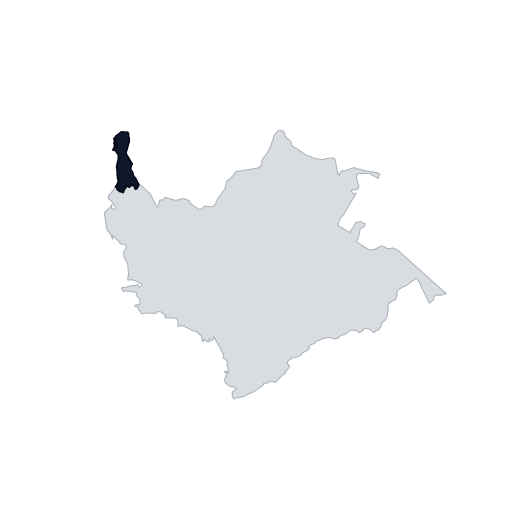 Colombia, with La Guajira highlighted, rotated 301°
{"feature_id": "COL-1318", "entity_name": "La Guajira", "entity_type": "Department", "adm_level": 1, "iso_a3": "COL", "parent_name": "Colombia", "parent_adm1": "", "projection": "orthographic", "projection_center": [-72.284, 11.434], "detail": "fine", "context": "in_parent", "style": "filled", "palette": "ink", "viewbox_px": 512, "rotation_deg": 301, "n_neighbors": 0, "source": "natural_earth", "source_scale": "10m", "svg_char_len": 7179}
<svg xmlns="http://www.w3.org/2000/svg" viewBox="0 0 512 512"><g transform="rotate(301 256 256)"><path d="M291.5,87.0L286.8,89.0L277.7,91.4L271.4,101.8L267.1,103.6L261.8,109.7L257.9,117.4L254.9,132.9L247.0,146.0L247.7,146.6L250.8,146.0L253.7,144.6L254.8,145.0L255.9,147.3L259.5,147.9L262.3,158.5L267.7,164.0L268.3,166.0L269.0,170.5L267.1,173.1L266.5,182.9L268.2,185.3L272.3,186.3L275.0,192.3L276.7,193.7L279.2,194.6L285.2,193.7L296.0,194.7L298.5,194.5L304.6,192.4L312.2,194.9L317.9,195.3L333.4,213.4L334.9,212.9L336.9,213.9L340.8,212.0L344.1,211.7L348.5,212.5L354.3,212.5L366.0,210.4L367.7,209.3L374.1,210.3L376.0,211.6L377.0,215.0L376.2,217.1L374.0,219.3L372.8,222.0L372.6,225.3L371.5,227.8L369.4,229.4L368.7,231.7L369.1,234.8L368.1,248.5L369.0,249.6L369.7,255.2L372.4,262.5L373.8,264.6L376.0,266.3L380.2,272.2L379.3,274.3L368.7,283.8L368.2,286.0L370.2,285.1L373.5,285.9L374.6,288.2L382.5,294.6L382.4,297.1L384.7,302.0L384.3,303.1L389.8,317.0L389.9,319.9L385.4,320.8L385.2,311.4L384.6,309.5L379.4,301.3L378.4,300.6L374.9,301.6L369.3,307.9L366.6,308.8L364.5,308.0L362.3,304.4L360.9,303.7L359.5,306.8L361.3,309.5L336.1,309.8L331.2,308.7L324.4,310.2L324.4,324.3L336.3,324.4L339.6,328.4L339.3,331.7L339.8,332.9L336.9,333.6L332.7,331.4L325.4,334.1L319.9,334.8L319.5,350.4L322.8,354.2L329.2,358.3L330.1,361.1L329.7,363.8L331.2,367.1L333.3,368.8L333.2,370.8L334.3,373.1L321.7,438.3L317.3,434.4L315.7,430.9L313.5,429.4L309.3,430.6L304.8,428.8L319.4,406.6L318.9,404.7L306.8,399.3L305.5,398.0L299.7,395.1L296.5,395.9L294.7,397.4L290.2,397.9L286.6,395.5L282.4,394.0L277.3,397.7L275.7,397.7L272.1,399.3L268.2,399.9L263.1,398.3L259.0,399.4L256.1,399.2L255.1,398.0L251.4,396.7L251.0,395.2L252.0,392.4L250.5,387.0L249.9,386.1L247.1,386.0L243.9,384.1L243.2,382.9L243.9,380.7L243.3,378.8L240.1,374.5L235.7,373.3L231.5,369.7L227.3,368.4L225.3,365.8L223.5,359.9L219.1,355.4L216.0,353.8L215.0,351.6L211.8,351.4L207.6,348.3L205.7,348.1L204.4,349.5L200.4,348.0L197.0,345.8L193.5,345.2L191.2,343.8L187.1,339.5L182.6,337.4L180.0,338.1L179.1,341.2L177.7,341.8L172.5,340.9L171.6,341.5L170.3,341.4L164.0,339.0L157.8,338.0L156.2,332.7L152.3,330.8L151.1,328.3L148.3,328.5L137.7,323.5L133.3,320.1L129.6,318.1L125.7,314.3L125.1,312.8L122.1,310.6L123.5,307.8L127.2,305.8L131.9,307.5L132.5,304.3L130.8,301.3L131.6,294.8L132.9,293.4L135.5,292.1L137.1,292.6L138.1,291.6L142.0,292.1L143.2,291.7L146.1,289.1L147.4,287.1L148.8,287.3L151.9,283.8L151.4,280.3L154.4,279.5L157.5,273.8L158.9,273.6L159.6,270.9L165.1,261.4L163.1,262.5L161.0,261.8L161.3,258.5L160.7,258.1L158.9,260.6L157.4,258.0L157.8,253.9L155.4,254.7L155.5,253.7L159.1,250.7L160.6,243.6L159.5,241.0L158.8,230.3L158.2,228.3L155.3,225.6L159.9,222.6L161.6,220.3L159.6,215.6L156.9,211.5L156.8,209.1L158.4,209.4L159.1,202.8L157.6,200.2L155.7,200.1L149.8,190.2L147.7,188.2L149.3,183.5L151.2,181.5L150.8,177.9L152.1,178.1L154.6,181.4L155.7,180.9L159.8,177.9L160.0,175.0L163.3,172.1L158.8,162.0L157.3,160.4L159.2,157.2L160.2,157.4L162.0,160.6L164.8,162.7L169.0,168.3L170.8,169.6L169.5,170.8L169.2,172.2L169.8,172.9L172.2,173.1L173.2,171.6L172.6,164.8L171.6,161.4L169.4,158.9L170.1,157.9L174.5,156.3L183.5,149.9L186.7,143.9L189.1,141.7L191.7,140.3L195.0,140.7L197.5,139.9L198.3,138.0L196.7,133.8L198.7,128.0L198.6,125.0L199.9,123.3L199.5,122.6L196.2,124.6L199.6,120.6L202.0,114.4L215.1,103.5L223.6,106.2L226.3,106.0L222.7,107.4L222.2,109.0L223.4,110.7L224.7,111.1L225.8,110.1L228.7,103.7L229.1,100.1L230.4,98.9L232.2,98.5L240.4,100.1L248.3,99.6L261.2,90.4L270.8,86.5L273.2,82.7L273.8,79.9L275.6,78.8L277.4,78.8L278.5,77.2L282.9,74.7L287.7,74.5L292.7,76.6L295.0,80.4L295.4,83.0L291.5,87.0ZM142.1,291.0L141.5,291.4L140.4,290.6L140.0,289.5L140.7,288.7L141.6,288.9L142.1,291.0Z" fill="#d9dde1" stroke="#a8b0b8" stroke-width="1"/><path d="M291.3,87.3L290.7,87.3L290.3,87.5L289.5,88.1L288.7,88.5L288.1,88.7L286.8,89.0L285.6,89.3L284.3,89.7L283.0,90.0L281.8,90.3L280.5,90.7L279.2,91.0L278.0,91.3L277.4,91.5L277.0,91.8L276.6,92.3L276.4,92.7L275.7,93.9L275.1,95.2L274.5,96.4L273.8,97.6L273.2,98.8L272.5,100.0L271.9,101.2L271.2,102.4L271.0,102.7L270.6,102.8L269.8,102.6L269.4,102.5L269.0,102.6L267.8,103.1L266.8,103.1L266.4,103.2L266.0,103.5L265.9,103.7L265.8,104.1L265.8,104.3L265.6,104.5L265.2,105.0L264.3,107.1L263.9,107.6L263.5,108.0L262.5,108.7L262.0,109.3L261.5,110.3L260.4,113.3L259.8,114.3L258.5,115.8L258.1,117.0L257.8,117.4L257.4,117.8L257.1,118.2L256.9,118.6L256.9,118.8L256.4,118.9L255.6,119.2L255.2,119.3L254.8,119.3L254.4,119.3L254.1,119.3L253.7,119.1L253.4,119.0L252.9,119.1L252.6,119.3L252.2,119.4L251.9,118.9L251.8,118.5L251.5,118.3L251.1,118.1L251.2,117.8L251.4,117.6L251.6,117.5L252.1,116.7L252.4,116.5L252.6,115.8L252.9,115.4L253.1,114.9L253.2,114.6L253.5,114.3L253.2,113.9L252.4,113.2L251.5,112.7L250.9,112.5L250.3,112.2L249.7,112.0L249.5,111.7L249.5,111.4L249.6,111.1L249.6,110.9L249.6,110.3L249.5,109.9L249.2,109.6L248.9,109.3L248.5,109.4L247.8,109.2L247.2,109.2L246.7,109.1L245.3,109.0L241.9,109.5L241.5,107.8L241.4,106.9L241.3,106.7L241.0,106.2L241.0,105.8L241.1,105.3L241.3,105.0L241.3,103.8L241.4,103.5L241.3,103.3L241.3,103.0L241.3,102.8L241.6,102.7L241.8,102.5L242.1,102.2L242.4,102.0L242.5,101.8L242.9,100.6L242.9,100.0L242.9,99.9L246.4,100.0L248.8,99.6L249.0,99.5L249.1,99.3L249.8,98.8L250.4,98.5L250.5,98.4L250.6,98.2L250.9,97.7L251.0,97.6L251.4,97.3L251.7,96.9L252.0,96.7L252.7,96.4L253.9,95.2L256.6,93.8L260.3,90.7L260.7,90.5L261.5,90.2L262.8,89.9L263.2,89.8L263.8,89.3L264.3,89.4L264.7,89.2L265.2,88.9L265.7,88.7L267.0,88.6L267.4,88.5L267.7,88.3L268.3,87.9L269.0,87.7L269.9,87.0L271.1,86.5L271.4,86.2L271.8,85.8L271.8,85.6L271.9,85.4L272.2,84.6L272.9,83.4L273.1,82.6L273.6,82.0L273.8,81.7L273.8,81.3L273.7,80.0L273.6,79.6L273.5,79.4L273.3,79.2L273.1,79.1L273.1,78.8L273.3,78.7L273.8,78.4L274.4,78.6L276.7,78.2L277.4,78.4L277.3,78.8L276.4,79.7L276.8,79.9L277.1,80.5L277.5,80.6L278.1,80.3L278.3,80.0L278.4,79.7L278.6,79.5L278.8,79.4L279.1,79.4L279.4,79.5L279.6,79.4L279.7,79.2L279.5,78.8L279.4,78.6L279.6,78.4L279.3,78.2L279.2,78.0L279.1,77.9L278.8,77.8L278.5,77.7L278.3,77.8L278.0,77.9L277.9,78.1L277.6,77.8L278.6,77.1L279.4,76.4L279.5,76.3L279.5,76.0L279.6,75.9L280.0,76.0L280.1,75.9L280.5,75.7L280.9,75.8L280.5,76.0L280.2,76.2L280.2,76.5L280.4,76.9L280.6,77.0L281.0,76.9L281.0,76.7L281.4,76.6L281.5,76.5L281.9,76.3L282.1,76.1L282.3,75.9L282.4,75.5L282.2,75.4L282.2,75.2L282.3,75.1L282.5,75.0L282.7,74.9L282.9,74.9L282.8,75.3L282.9,75.5L283.2,75.6L283.2,75.9L283.4,75.9L283.5,75.7L283.3,75.4L283.6,75.2L283.9,75.0L284.2,75.0L284.5,74.8L284.7,74.6L284.2,74.7L284.1,74.8L283.9,74.9L283.7,74.8L283.7,74.6L283.9,74.4L284.1,74.3L283.9,74.3L283.7,74.3L283.4,74.6L283.4,74.2L283.5,74.0L283.3,74.2L282.7,74.7L282.5,74.9L282.4,74.7L282.6,74.3L282.9,74.0L283.3,73.8L283.8,73.7L284.2,73.7L284.8,74.0L285.3,74.1L286.9,74.1L287.3,74.2L287.8,74.4L288.4,74.9L288.7,75.1L288.9,75.2L289.2,75.3L289.9,75.3L290.1,75.4L290.6,75.7L291.0,75.9L292.0,76.1L292.7,76.4L293.1,76.7L293.4,77.1L293.5,77.2L293.6,77.4L293.6,77.8L294.9,80.1L295.1,80.7L295.9,81.9L296.1,82.3L295.9,82.8L295.7,83.3L295.4,83.6L294.8,84.1L293.3,84.9L292.9,85.4L292.6,85.6L292.2,85.7L291.9,85.8L291.4,87.1L291.3,87.3L291.3,87.3Z" fill="#0f172a" stroke="#020617" stroke-width="1.5"/></g></svg>